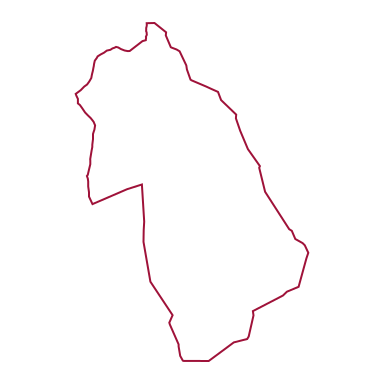 Biase, Cross River, Nigeria
{"feature_id": "59680162B11436342937739", "entity_name": "Biase", "entity_type": "district", "adm_level": 2, "iso_a3": "NGA", "parent_name": "Nigeria", "parent_adm1": "Cross River", "projection": "mercator", "projection_center": [8.001, 5.543], "detail": "fine", "context": "isolated", "style": "outline", "palette": "rose", "viewbox_px": 384, "rotation_deg": 0, "n_neighbors": 0, "source": "geoboundaries", "source_scale": "gbopen_adm2", "svg_char_len": 1617}
<svg xmlns="http://www.w3.org/2000/svg" viewBox="0 0 384 384"><path d="M94.1,63.8L94.0,64.3L93.8,66.0L93.4,67.9L93.0,70.1L92.7,71.5L92.1,73.8L92.0,74.4L91.9,74.7L91.3,78.0L89.2,81.6L87.1,84.5L84.2,86.6L80.7,90.2L75.7,93.9L76.5,96.0L77.9,98.9L77.9,103.4L79.9,105.0L82.2,108.2L85.1,112.5L87.8,115.3L90.8,118.2L93.6,121.8L95.1,125.4L94.4,129.7L93.8,131.4L93.0,134.0L93.0,137.6L93.0,139.1L92.3,144.8L92.3,147.0L91.6,150.6L90.9,154.9L90.2,159.2L90.3,160.3L90.3,164.2L89.8,166.3L88.9,170.0L87.8,174.8L86.9,176.0L87.8,178.5L88.2,181.5L88.2,186.5L89.0,192.3L89.0,196.6L92.1,203.3L92.5,204.1L127.1,189.2L141.9,184.5L144.2,221.7L143.7,230.2L143.5,241.9L150.4,281.7L172.6,315.2L169.3,322.7L169.9,324.6L178.6,344.4L178.6,346.4L180.2,355.9L182.8,360.6L183.5,360.9L208.7,361.0L233.8,342.4L247.2,339.0L248.7,336.5L253.5,315.4L252.9,311.1L283.0,295.5L286.9,291.7L298.6,286.8L306.4,258.4L308.3,252.8L304.8,245.3L302.6,243.1L295.3,239.0L291.8,230.8L289.2,229.2L265.1,191.8L259.2,167.8L259.9,166.1L247.9,149.1L240.2,130.8L235.9,118.3L236.2,114.6L221.1,100.1L218.0,91.9L211.5,89.0L206.3,86.6L191.5,80.3L190.5,79.6L187.5,71.1L186.9,69.4L186.3,65.4L179.6,51.3L176.6,49.5L171.6,47.6L170.8,47.2L165.8,35.4L166.1,32.3L154.5,23.0L146.7,23.2L146.8,25.3L146.5,26.9L146.2,27.9L146.2,30.0L146.1,31.1L146.6,32.3L146.8,34.8L145.9,36.8L146.1,38.0L145.9,39.0L145.8,40.2L142.5,41.1L129.7,51.0L127.7,51.1L124.6,50.5L121.8,49.4L121.0,49.1L118.3,47.5L116.0,46.9L114.6,47.7L112.5,48.4L110.4,49.8L106.8,50.6L104.0,52.7L101.9,53.8L101.1,54.2L100.1,54.8L97.6,56.4L96.9,57.8L94.8,60.7L94.3,62.9L94.1,63.8Z" fill="none" stroke="#9f1239" stroke-width="2"/></svg>